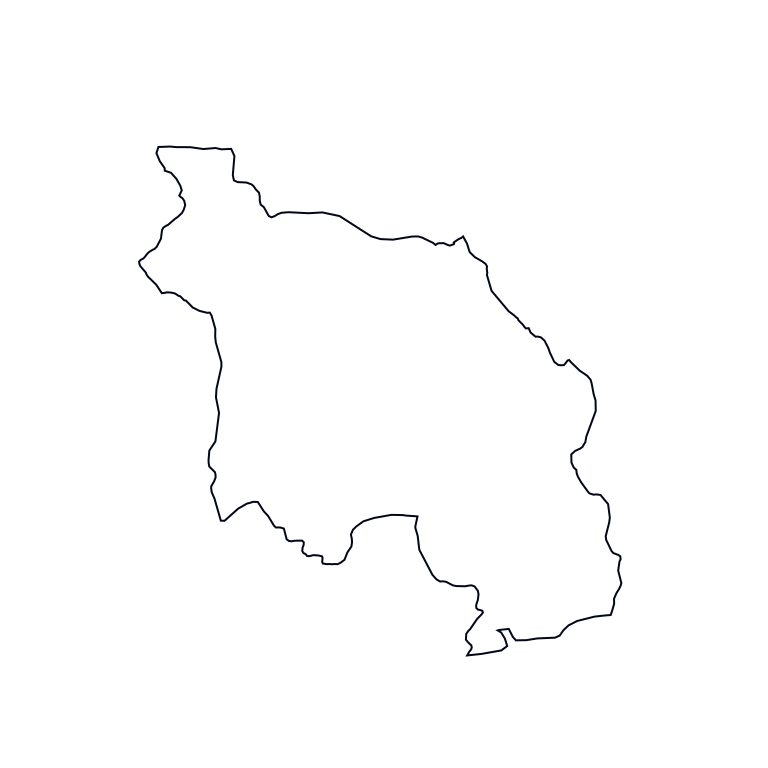 SVG path tracing the border of Beja, rotated 253°
{"feature_id": "PRT-743", "entity_name": "Beja", "entity_type": "District", "adm_level": 1, "iso_a3": "PRT", "parent_name": "Portugal", "parent_adm1": "", "projection": "albers", "projection_center": [-7.969, 37.829], "detail": "fine", "context": "isolated", "style": "outline", "palette": "ink", "viewbox_px": 768, "rotation_deg": 253, "n_neighbors": 0, "source": "natural_earth", "source_scale": "10m", "svg_char_len": 4019}
<svg xmlns="http://www.w3.org/2000/svg" viewBox="0 0 768 768"><g transform="rotate(253 384 384)"><path d="M675.6,236.9L676.6,237.6L673.6,248.9L671.2,254.8L667.1,268.0L661.5,280.0L658.9,292.0L656.0,297.0L653.5,306.6L645.7,307.6L628.0,300.5L622.6,300.0L619.9,303.0L616.9,311.3L613.7,315.6L611.4,317.1L607.3,318.4L603.5,320.4L599.7,320.0L595.7,318.8L591.6,318.5L588.3,320.8L578.4,322.9L576.3,325.2L576.5,328.4L577.5,332.2L577.7,336.2L576.1,343.2L569.4,361.7L566.1,375.2L557.6,390.6L529.0,414.9L523.6,423.0L519.4,434.9L516.8,454.0L515.1,459.9L513.0,463.1L504.8,472.0L501.9,474.0L502.7,476.4L502.4,478.3L501.8,480.1L501.4,482.1L498.1,485.9L497.1,487.5L497.3,491.7L497.8,492.1L499.0,492.1L500.7,497.5L501.0,500.1L501.7,502.4L501.9,502.8L494.1,504.4L485.1,504.5L478.7,508.0L472.5,513.8L469.1,516.3L466.3,516.9L464.3,516.0L459.9,515.2L458.1,514.3L441.6,514.1L417.1,524.5L411.6,528.5L409.4,529.7L407.6,531.1L405.7,531.2L400.0,534.2L397.5,535.0L395.6,536.0L395.1,538.7L390.4,539.2L385.0,542.7L384.3,545.1L382.7,547.7L378.6,550.2L369.9,551.7L365.7,551.8L355.4,553.3L351.3,556.2L350.1,558.9L349.5,561.5L350.4,563.1L352.8,566.4L352.8,568.1L350.5,569.0L339.6,575.0L332.5,580.7L327.7,582.8L324.4,582.8L312.6,581.5L306.4,581.5L296.3,578.6L274.4,562.0L269.6,559.6L265.7,555.2L264.9,552.8L264.1,547.1L261.9,542.5L254.1,540.3L248.6,541.0L245.7,542.8L242.5,542.2L238.9,542.3L232.3,543.8L220.1,548.0L218.9,549.1L216.9,552.0L216.3,554.9L214.6,558.6L209.3,560.8L203.7,563.2L190.2,560.9L185.6,558.8L173.6,551.5L169.9,550.9L157.7,552.8L155.2,553.9L153.6,556.1L151.9,558.2L150.2,559.6L147.2,559.0L145.4,557.3L137.1,553.4L124.3,552.8L121.9,551.3L119.0,548.6L116.3,545.4L111.4,541.2L106.5,539.8L100.5,535.9L96.8,533.2L98.0,527.9L100.0,517.3L100.9,499.3L99.2,489.9L96.1,483.6L92.1,478.6L91.4,473.4L95.9,456.1L97.4,445.3L100.3,435.2L104.4,433.3L113.3,431.7L115.1,422.2L115.1,420.7L112.1,423.4L105.1,425.2L97.4,425.2L94.9,418.3L97.4,398.2L100.1,384.2L103.0,387.2L104.8,389.8L106.4,390.9L108.6,391.1L110.8,389.7L113.5,388.4L115.6,387.6L121.0,389.6L123.3,392.5L124.3,394.6L132.2,404.5L135.1,409.9L136.6,411.8L138.4,411.7L139.7,409.9L140.8,407.9L142.7,406.8L145.1,407.3L147.6,408.8L150.0,410.6L155.3,412.9L158.8,413.3L164.0,411.4L165.9,408.8L166.5,405.6L166.8,402.6L169.7,393.9L171.3,391.0L176.7,385.5L178.1,382.6L178.8,379.8L181.9,377.0L187.4,374.5L215.2,369.3L228.9,371.8L237.1,371.9L238.4,372.2L247.6,377.3L251.9,366.2L253.2,363.5L256.7,352.8L258.8,335.4L258.7,324.1L255.8,315.7L253.7,311.7L249.6,308.3L245.6,308.0L242.1,307.2L238.1,305.3L233.5,299.6L227.5,294.9L226.0,290.9L225.5,288.8L225.3,286.7L226.3,284.1L226.8,281.7L227.7,279.4L228.5,276.5L230.2,273.0L232.3,272.9L234.0,273.8L235.8,274.4L237.3,274.3L238.4,272.6L239.1,271.3L240.6,267.6L241.1,265.6L241.1,263.6L241.3,261.9L242.0,260.2L244.2,259.3L246.0,257.5L248.2,257.0L251.3,258.3L253.6,260.1L256.1,261.0L258.2,259.8L260.2,252.9L260.6,249.6L261.7,247.2L264.0,245.5L275.0,246.0L277.1,242.9L278.4,238.6L280.9,237.3L291.7,234.6L297.2,231.9L308.1,228.8L309.6,224.3L309.5,221.6L309.7,217.9L307.4,208.0L299.8,191.5L301.0,188.0L323.9,188.4L330.9,187.6L335.3,188.3L336.9,189.1L340.6,193.1L343.8,195.6L346.6,196.4L349.2,196.5L356.1,192.8L359.6,193.2L362.3,193.9L371.4,197.5L378.4,206.0L404.6,217.8L420.3,219.4L428.4,222.4L448.1,233.6L452.6,234.9L473.0,235.3L479.0,236.5L485.9,238.8L499.8,239.1L503.2,238.3L503.8,235.7L507.8,229.0L513.0,223.5L521.8,218.9L522.3,217.5L527.3,214.9L528.5,213.2L531.6,210.7L533.7,207.1L535.1,203.3L535.3,200.7L535.8,198.1L545.6,195.2L555.6,189.7L558.2,188.9L560.2,188.8L568.0,185.4L570.5,185.2L572.7,185.6L573.6,187.2L574.0,188.3L574.3,190.2L574.9,191.6L576.1,193.4L577.7,195.5L579.0,198.2L579.8,201.2L580.3,204.1L581.7,206.8L588.1,213.1L596.2,216.8L598.1,218.8L598.9,221.4L599.4,224.2L603.0,232.3L603.9,235.2L606.6,240.8L609.3,243.5L613.2,246.2L617.7,246.5L620.7,245.5L622.6,244.0L624.0,243.3L628.3,247.2L633.0,247.2L640.8,245.5L648.3,242.0L652.1,236.7L653.8,237.2L654.7,237.3L662.7,234.7L671.4,233.9L675.6,236.9Z" fill="none" stroke="#020617" stroke-width="2"/></g></svg>